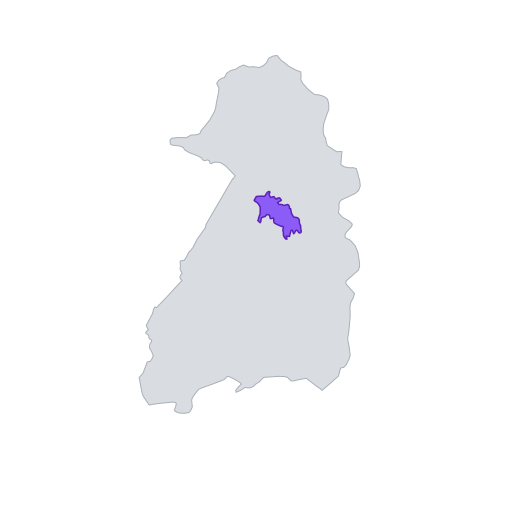 where Sanguié sits in Burkina Faso, rotated 121°
{"feature_id": "BFA-2819", "entity_name": "Sanguié", "entity_type": "Province", "adm_level": 1, "iso_a3": "BFA", "parent_name": "Burkina Faso", "parent_adm1": "", "projection": "albers", "projection_center": [-2.62, 12.212], "detail": "fine", "context": "in_parent", "style": "filled", "palette": "violet", "viewbox_px": 512, "rotation_deg": 121, "n_neighbors": 0, "source": "natural_earth", "source_scale": "10m", "svg_char_len": 4968}
<svg xmlns="http://www.w3.org/2000/svg" viewBox="0 0 512 512"><g transform="rotate(121 256 256)"><path d="M370.7,314.4L358.8,315.0L354.4,316.4L351.8,316.4L351.7,315.3L351.4,314.7L336.4,311.2L325.8,309.1L315.1,306.8L314.5,309.1L313.0,310.5L310.7,310.7L309.1,310.3L308.0,312.1L306.3,314.4L303.8,315.5L301.4,317.0L300.0,318.2L299.1,318.2L296.6,315.3L293.3,315.1L287.3,315.6L284.5,314.8L280.8,314.4L272.0,315.1L257.9,314.0L255.6,314.6L255.0,315.1L241.1,315.3L225.8,315.5L213.0,315.7L201.8,315.8L201.7,315.3L198.1,315.2L197.7,316.2L194.5,327.9L194.2,334.3L195.9,338.3L197.8,340.8L199.9,341.8L200.1,343.3L198.4,345.1L198.6,347.0L200.6,349.0L201.1,351.0L200.0,353.1L200.3,358.3L201.8,366.5L201.8,371.8L200.4,374.2L201.1,378.3L203.8,384.1L204.3,386.6L203.3,387.8L201.0,389.3L198.7,389.2L196.0,385.7L194.8,384.1L192.6,380.5L190.7,376.9L188.2,375.3L185.7,373.9L182.7,369.3L179.8,367.1L176.7,367.7L172.3,366.9L163.2,365.7L153.5,366.0L149.4,367.0L145.4,368.7L135.3,372.3L131.3,374.1L128.3,378.6L124.8,378.5L121.4,377.0L119.2,374.9L114.6,375.3L110.2,373.3L105.9,369.3L102.7,367.9L98.7,365.0L97.7,359.5L95.1,355.7L92.8,350.3L89.3,347.9L85.3,346.6L79.8,346.8L76.1,344.6L73.3,341.4L74.1,338.7L75.4,334.9L75.6,331.2L76.5,325.2L76.1,317.7L75.1,312.4L78.2,310.3L81.8,308.4L84.0,304.8L86.4,296.8L87.4,289.9L86.7,287.4L85.6,285.3L84.7,282.3L84.2,278.7L84.8,275.5L87.5,272.6L90.9,270.2L93.3,269.0L99.6,267.9L107.5,266.1L112.1,264.1L115.4,262.0L117.3,260.4L119.2,257.0L122.2,254.5L124.6,251.8L125.0,244.5L125.0,240.3L123.3,238.0L122.3,236.1L134.0,230.4L134.1,226.4L132.5,221.8L130.3,218.2L129.4,215.1L132.7,211.4L135.6,208.6L137.6,206.3L142.2,202.7L147.0,201.8L151.3,203.2L164.0,211.7L166.2,212.2L168.9,211.6L172.2,209.4L176.6,207.6L178.2,202.0L178.1,193.7L179.1,189.9L181.4,189.2L188.7,190.8L190.6,190.9L192.7,190.4L194.2,188.9L194.2,186.2L193.8,183.8L196.2,176.1L200.6,170.3L209.4,163.1L212.1,161.7L215.3,160.9L231.0,165.9L233.6,164.6L237.4,152.3L241.6,151.1L246.7,150.9L250.1,149.8L251.8,148.9L259.2,144.2L272.4,137.8L279.4,135.0L280.8,134.0L285.9,129.4L292.5,124.2L296.8,123.1L302.7,122.7L306.5,123.5L307.5,125.0L308.7,125.7L316.4,123.5L327.5,126.9L337.2,130.2L336.6,132.4L336.5,136.3L335.8,142.4L334.9,149.8L338.9,154.5L343.7,159.5L345.0,161.5L343.8,166.5L344.7,169.5L347.3,174.3L351.6,180.5L356.1,186.9L359.1,187.7L362.0,188.2L363.8,189.3L366.4,190.4L369.0,191.1L371.2,192.5L372.6,193.8L374.5,197.8L379.5,200.3L383.0,202.8L381.6,204.2L377.3,203.7L373.3,202.6L372.7,204.5L372.7,211.8L373.4,217.8L374.4,218.6L378.5,219.7L388.3,227.4L397.2,234.7L400.2,236.6L405.1,237.3L410.6,237.5L412.9,236.8L418.1,232.9L420.9,232.5L423.5,232.5L425.0,233.1L427.5,236.1L430.0,240.7L430.7,244.1L430.6,245.9L429.8,246.6L425.4,247.6L423.6,248.3L423.1,249.3L423.8,251.6L424.7,253.0L429.6,259.6L436.6,268.5L438.7,270.7L437.6,273.4L434.2,280.5L431.7,283.5L420.3,293.6L414.6,292.5L402.7,294.7L400.9,292.5L398.1,292.2L394.7,292.7L393.5,293.6L393.1,294.5L391.9,295.9L389.7,299.9L388.1,300.9L385.9,301.6L383.4,301.5L381.9,302.0L381.9,304.0L381.4,305.7L379.7,306.6L379.0,308.5L379.1,310.4L378.1,311.2L375.9,310.8L374.5,310.3L373.3,312.7L371.8,314.4L370.7,314.4Z" fill="#d9dde1" stroke="#a8b0b8" stroke-width="1"/><path d="M195.8,267.6L195.6,267.6L195.3,267.0L194.5,266.5L194.2,266.1L194.1,265.5L194.2,265.0L194.6,264.1L194.7,263.9L195.1,263.1L196.1,263.3L198.7,264.9L199.2,265.0L199.4,264.5L199.5,264.0L199.9,262.9L199.9,262.6L199.3,261.9L198.8,260.9L198.5,259.9L198.5,259.2L198.1,258.0L197.5,257.2L195.8,255.8L195.5,254.9L195.8,253.8L196.4,252.9L197.8,252.0L197.9,251.1L197.7,250.7L201.2,247.5L203.2,243.9L202.9,242.9L202.3,241.6L201.8,240.1L202.0,238.7L202.6,237.8L203.3,237.1L204.6,236.3L205.7,235.4L207.1,233.3L208.9,232.2L210.2,231.1L210.8,230.5L211.8,229.8L212.3,229.7L212.9,229.7L213.8,230.4L214.0,231.5L213.3,232.6L212.9,233.8L213.1,234.8L214.4,235.0L216.4,234.9L217.4,235.2L217.1,235.9L216.0,236.9L215.3,238.1L215.6,238.9L216.2,239.0L217.7,238.7L218.9,238.3L219.7,238.2L221.8,237.4L222.1,237.5L222.3,238.1L222.8,239.2L223.4,240.2L224.0,240.0L224.5,239.0L225.6,238.3L226.1,239.2L225.5,241.1L224.4,242.9L221.4,244.9L220.3,246.1L218.7,246.9L217.3,247.1L216.9,247.9L217.1,248.8L217.5,249.2L218.2,254.5L218.2,257.4L217.0,258.8L215.2,259.8L214.5,260.7L215.7,261.7L216.5,262.9L215.5,264.1L214.6,264.9L214.2,265.2L214.2,266.2L214.7,267.8L215.9,268.3L217.4,268.5L219.4,270.3L220.5,270.9L222.0,270.6L223.9,269.6L225.3,269.7L225.1,270.9L224.6,272.1L224.7,272.6L223.6,272.8L220.3,273.8L218.8,274.0L217.1,274.5L212.8,277.0L211.7,277.9L210.9,279.3L210.1,280.9L209.6,282.8L209.6,285.2L209.1,286.3L206.1,286.3L205.1,286.4L204.8,286.3L204.0,285.3L201.3,281.2L200.8,279.7L199.5,279.2L196.7,279.2L195.4,279.0L194.3,278.4L193.8,277.5L194.7,276.7L195.0,276.7L195.6,276.9L196.1,276.9L196.3,276.5L198.1,274.3L198.1,273.6L197.7,273.0L196.9,272.4L195.9,271.3L196.0,270.9L196.5,270.0L196.6,269.7L196.6,269.1L196.8,268.7L196.8,268.2L196.6,267.6L196.4,267.6L195.8,267.6Z" fill="#8b5cf6" stroke="#5b21b6" stroke-width="1.5"/></g></svg>